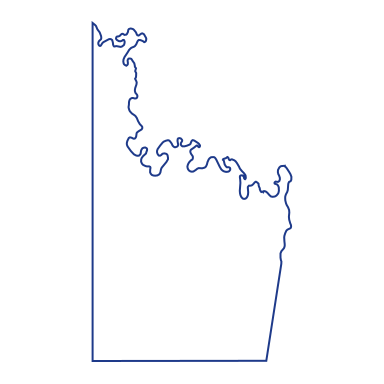 the district of La Pedrera, Amazonas, Colombia
{"feature_id": "7082276B17674180496874", "entity_name": "La Pedrera", "entity_type": "district", "adm_level": 2, "iso_a3": "COL", "parent_name": "Colombia", "parent_adm1": "Amazonas", "projection": "natural_earth1", "projection_center": [-69.992, -1.195], "detail": "fine", "context": "isolated", "style": "outline", "palette": "blue", "viewbox_px": 384, "rotation_deg": 0, "n_neighbors": 0, "source": "geoboundaries", "source_scale": "gbopen_adm2", "svg_char_len": 5969}
<svg xmlns="http://www.w3.org/2000/svg" viewBox="0 0 384 384"><path d="M266.3,360.8L281.3,263.9L281.4,261.5L280.9,260.1L280.5,257.6L280.5,253.4L281.4,251.2L283.8,248.4L284.2,247.7L284.7,245.9L284.7,244.1L284.4,241.2L284.2,237.3L284.4,235.8L285.2,233.2L286.4,230.6L287.5,229.6L290.1,228.4L290.8,227.8L291.1,226.7L291.0,225.2L290.2,223.2L289.2,219.7L288.9,216.8L289.3,212.6L289.1,210.0L288.1,207.4L286.7,205.0L286.0,203.3L285.3,200.4L285.2,198.7L285.2,196.9L285.5,195.6L286.0,194.2L287.2,192.0L287.8,190.0L288.2,184.5L288.4,183.3L289.1,181.9L290.6,181.2L291.3,179.8L291.4,176.8L290.5,174.3L289.3,172.2L286.9,168.5L286.0,167.3L284.6,166.2L284.7,165.8L281.2,166.1L280.4,166.5L279.3,167.5L278.0,170.0L277.9,171.5L277.9,172.4L278.4,174.4L279.0,175.3L279.8,177.7L279.9,179.3L279.6,180.2L279.4,180.9L278.3,181.8L277.8,181.9L275.6,181.6L274.8,182.2L274.5,182.8L274.6,183.5L274.8,183.7L277.0,184.4L278.0,185.5L278.7,187.1L278.8,187.8L278.9,190.8L278.4,193.0L277.9,193.9L276.5,195.5L275.3,196.3L274.3,196.6L272.6,196.8L271.0,196.5L269.6,195.3L267.3,192.7L266.2,191.8L265.5,191.4L264.2,191.1L263.7,191.2L263.2,192.2L262.6,191.6L262.2,191.6L261.5,192.0L260.9,191.7L260.0,189.9L259.8,189.2L259.8,188.2L259.4,187.6L258.7,185.7L258.5,183.7L257.4,182.6L255.9,181.7L254.8,182.3L253.1,184.3L251.9,185.3L250.6,185.7L248.9,185.7L248.3,186.4L247.9,186.9L247.8,187.7L248.2,192.3L248.0,194.6L247.6,196.0L246.8,197.5L245.6,198.6L244.1,198.9L242.9,198.6L242.2,198.0L241.2,196.8L240.4,195.0L240.0,193.3L239.8,190.8L240.4,182.9L240.2,179.6L239.9,177.4L239.9,176.6L240.1,175.9L240.6,175.5L242.0,175.3L242.8,175.8L243.4,175.6L243.7,176.0L244.0,178.0L244.7,179.1L245.1,179.2L245.6,178.6L245.8,177.9L245.6,175.7L245.2,174.8L243.9,173.1L242.0,171.2L239.9,168.6L239.0,166.6L237.0,163.2L235.6,161.3L234.3,160.3L231.9,159.3L230.8,159.6L230.1,160.2L229.6,160.1L229.0,159.6L228.3,157.7L227.5,157.0L227.2,157.1L226.6,157.7L225.8,158.2L223.3,159.0L222.9,159.8L223.8,160.7L224.7,164.5L226.0,166.5L227.0,167.3L228.3,167.2L229.2,167.4L229.9,167.8L230.2,168.5L230.2,169.8L229.2,171.2L228.1,171.7L226.1,171.9L224.4,171.5L223.4,171.1L222.4,170.4L221.3,169.4L219.7,166.7L216.2,159.5L215.2,158.0L214.4,157.3L213.7,157.1L211.2,157.2L210.5,157.6L209.5,158.4L208.7,159.4L207.5,162.1L206.9,164.5L206.2,166.0L205.9,166.6L204.7,167.6L202.2,168.3L198.7,168.1L197.3,168.7L195.7,170.0L193.4,171.5L191.9,171.7L190.4,171.4L189.1,170.6L188.2,169.5L187.6,168.0L187.4,166.5L187.8,164.9L188.3,163.7L189.2,162.2L191.0,160.3L192.4,159.5L192.8,158.5L192.9,157.0L192.7,156.2L191.1,153.9L190.5,152.6L190.3,151.5L190.5,150.4L191.1,149.6L193.9,147.7L196.4,145.7L196.9,145.5L197.4,145.6L198.4,146.9L199.0,147.2L199.5,147.0L199.9,146.4L200.0,145.4L198.9,143.8L198.0,143.0L194.3,140.6L192.8,140.1L192.2,140.4L191.5,141.2L191.0,142.3L190.5,143.8L189.8,144.5L186.9,145.7L184.6,146.3L182.4,146.3L181.8,145.9L181.2,145.3L180.9,144.7L180.8,143.9L180.9,143.1L182.1,141.1L182.2,140.4L182.1,140.0L181.5,139.2L180.7,138.4L179.3,138.1L178.2,138.4L177.7,139.1L177.5,140.9L178.2,145.0L177.6,146.2L176.7,146.8L175.0,147.3L174.4,147.1L173.7,146.7L172.6,145.6L171.7,143.6L170.1,141.4L169.1,140.5L168.0,140.2L165.9,140.7L163.8,141.6L162.7,142.5L160.2,145.5L157.7,149.0L157.1,150.6L157.0,152.0L157.4,153.5L157.8,154.3L158.7,155.5L160.0,155.7L161.3,155.0L162.3,153.9L163.0,153.6L164.6,153.4L166.4,153.9L167.2,154.6L167.6,155.5L168.0,157.8L168.0,159.2L166.4,162.0L161.7,167.7L161.0,169.3L160.4,172.4L159.8,173.6L159.2,174.4L157.4,175.4L155.2,175.7L153.3,175.5L151.8,174.9L150.8,173.8L150.1,172.3L150.2,169.3L150.5,167.9L150.2,166.9L149.2,166.4L147.0,166.4L145.6,166.1L143.1,164.9L142.0,163.7L141.1,161.7L141.2,159.4L141.7,158.0L143.0,156.2L146.0,153.5L146.3,152.3L147.0,150.4L147.1,149.4L147.0,148.8L146.6,148.2L145.3,147.5L144.1,147.6L142.5,148.2L141.7,149.3L141.3,150.1L141.0,151.0L140.6,153.8L140.3,154.3L139.2,155.5L138.0,155.8L136.5,155.6L135.7,155.3L133.9,154.3L131.0,151.2L127.6,146.5L127.0,145.0L126.8,143.9L126.9,142.6L127.4,140.8L128.8,138.0L129.8,137.4L130.4,137.4L131.8,137.8L133.5,138.7L134.3,138.7L135.2,138.3L135.9,137.2L136.2,136.3L136.6,133.3L136.9,132.6L138.5,131.3L141.5,129.5L142.2,128.5L142.3,127.5L142.2,126.8L141.8,126.2L139.8,124.1L138.1,121.2L136.8,118.0L135.5,116.1L134.7,115.4L131.9,113.5L129.9,111.3L129.3,110.1L128.6,107.7L128.6,106.6L128.9,104.9L129.0,102.2L129.2,101.1L129.8,99.5L130.6,98.7L132.0,98.0L133.0,98.0L134.8,98.5L136.0,98.4L137.0,97.7L137.3,96.8L137.4,96.0L137.2,95.1L136.5,94.1L135.4,92.8L134.9,91.0L134.9,89.9L135.2,88.1L136.4,84.6L136.7,82.7L136.4,81.4L135.1,78.8L135.9,77.4L136.1,75.9L136.2,73.1L135.4,71.6L135.2,71.1L136.0,68.3L134.9,66.8L134.8,65.6L134.3,63.3L132.4,60.6L131.7,59.4L131.3,58.9L130.6,58.6L129.1,58.5L128.5,58.7L128.1,59.2L127.7,60.0L127.6,60.6L127.9,63.0L127.8,64.2L127.3,65.0L126.3,65.7L125.1,65.1L124.1,64.3L123.7,63.6L123.3,61.6L123.5,59.5L124.5,57.1L127.3,52.9L129.2,49.8L130.9,48.1L132.2,47.4L133.8,46.8L134.9,46.1L136.2,44.4L137.4,41.6L138.0,40.6L138.8,40.0L140.4,40.1L142.2,40.8L143.5,41.5L144.1,42.1L144.6,42.1L145.5,41.5L146.0,40.7L146.3,38.9L146.0,37.8L144.0,34.3L142.5,33.4L142.0,33.4L141.2,33.7L138.7,35.5L138.2,35.5L137.3,35.2L136.6,34.0L136.2,32.9L135.7,32.0L133.8,29.7L132.8,29.0L132.0,28.8L130.8,28.5L130.2,28.6L129.0,29.0L128.6,29.4L128.3,29.9L127.9,32.1L127.5,32.8L127.0,33.9L126.3,34.6L124.5,34.9L122.8,33.8L121.9,33.9L120.9,34.6L119.7,35.9L118.5,36.4L117.1,36.5L116.3,37.2L116.0,38.4L116.3,39.3L117.1,40.1L118.8,41.1L120.3,41.3L121.0,41.1L121.9,40.8L122.9,40.0L123.2,39.9L123.9,40.0L124.2,40.5L124.6,41.4L124.6,42.2L124.6,42.8L124.1,44.7L123.7,45.2L121.8,46.6L120.6,46.9L116.4,46.1L115.6,46.2L114.8,46.5L114.0,46.4L113.6,45.9L113.1,44.7L112.9,42.7L112.2,40.1L111.2,39.3L110.1,39.0L108.9,39.2L103.3,42.2L102.3,43.2L100.8,45.6L100.4,45.9L99.7,45.9L99.1,45.5L98.6,44.7L98.3,43.9L98.3,42.8L98.6,41.9L99.0,41.1L100.9,39.3L101.1,38.9L101.3,38.0L101.1,36.1L99.7,32.4L97.4,29.3L96.0,26.0L95.1,25.0L92.6,23.0L92.6,361.0L266.3,360.8Z" fill="none" stroke="#1e3a8a" stroke-width="2"/></svg>